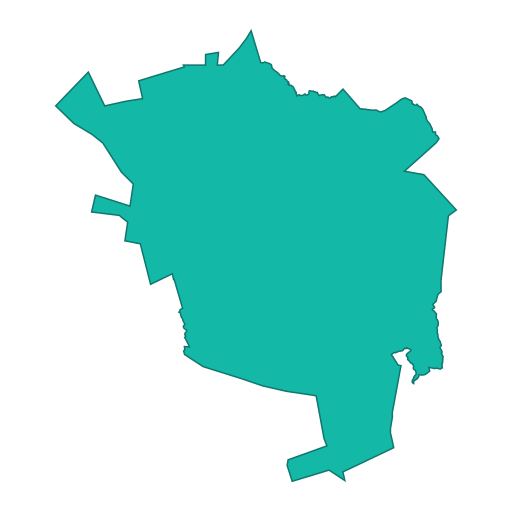 outline of Santa Isabel, Chihuahua, Mexico
{"feature_id": "50627088B95604835904920", "entity_name": "Santa Isabel", "entity_type": "district", "adm_level": 2, "iso_a3": "MEX", "parent_name": "Mexico", "parent_adm1": "Chihuahua", "projection": "mercator", "projection_center": [-106.302, 28.305], "detail": "fine", "context": "isolated", "style": "filled", "palette": "teal", "viewbox_px": 512, "rotation_deg": 0, "n_neighbors": 0, "source": "geoboundaries", "source_scale": "gbopen_adm2", "svg_char_len": 5839}
<svg xmlns="http://www.w3.org/2000/svg" viewBox="0 0 512 512"><path d="M55.7,105.9L74.0,123.6L92.2,134.5L102.9,143.1L121.4,172.1L133.3,184.0L130.0,206.1L95.5,195.1L91.6,212.0L119.4,215.4L122.2,217.9L127.7,222.1L124.9,240.8L140.3,243.8L150.6,284.3L172.3,273.8L173.6,279.5L174.2,279.4L182.6,308.4L181.4,308.9L180.2,309.6L179.6,311.5L178.9,312.1L180.1,312.8L180.3,313.1L180.5,313.6L180.6,314.4L181.0,316.4L181.6,317.4L182.5,318.7L182.9,320.4L184.7,323.9L184.7,324.7L184.3,325.1L183.7,325.6L183.4,326.4L183.4,327.0L183.5,327.5L183.8,328.0L186.6,330.3L186.7,330.9L186.4,331.6L185.8,332.2L185.2,333.0L184.8,333.7L185.0,335.1L185.4,335.4L185.7,335.8L185.8,336.3L185.3,336.7L184.7,337.5L186.8,341.2L189.5,347.0L184.4,346.5L184.8,349.8L183.6,351.0L184.6,354.5L203.1,366.6L241.0,378.5L263.1,386.0L286.4,391.3L312.8,395.2L316.2,395.9L324.0,438.4L326.9,445.9L288.1,459.8L287.1,465.3L292.2,481.3L329.0,470.1L344.8,480.5L342.9,471.9L393.7,447.7L392.1,440.1L390.4,432.7L390.5,428.3L392.4,417.1L392.3,413.1L392.4,412.1L396.0,392.6L397.7,383.5L400.1,370.2L401.0,365.6L398.1,365.1L392.6,356.3L392.1,355.8L391.6,355.5L391.4,355.0L391.4,354.6L392.5,353.8L393.5,352.8L394.0,352.6L394.7,352.7L395.6,352.7L395.9,352.5L396.5,352.3L396.7,352.1L396.9,352.0L397.6,352.0L398.6,351.4L399.4,351.0L399.7,351.0L399.9,351.1L400.1,351.2L401.7,350.8L402.3,350.8L402.6,350.7L403.0,350.3L403.6,349.4L403.9,349.2L404.1,348.7L404.5,348.4L404.6,348.2L405.0,348.3L405.3,348.5L405.5,348.4L406.0,348.3L406.3,348.3L406.5,348.5L407.1,348.3L407.2,347.9L408.3,348.5L409.5,348.9L409.8,349.2L410.5,349.4L410.8,349.8L410.9,350.3L410.5,351.0L407.3,353.5L406.4,354.7L406.4,356.0L407.1,356.6L407.7,357.4L407.9,357.6L407.9,357.9L407.6,359.1L407.7,359.6L409.3,361.1L410.0,362.0L410.7,362.9L411.7,363.5L412.7,364.2L413.2,365.1L413.5,365.9L413.6,366.5L413.5,367.0L413.2,368.2L413.8,369.3L415.3,370.3L415.7,371.1L415.9,372.0L416.1,373.1L416.1,374.3L415.2,375.3L414.5,376.0L413.9,377.0L413.6,378.2L413.1,379.3L412.6,379.9L412.4,380.5L412.1,381.3L412.3,382.3L413.1,383.3L413.4,383.5L413.7,383.6L413.7,381.5L414.1,380.9L414.8,380.4L416.9,379.0L417.6,378.3L418.2,377.4L418.8,376.3L418.8,375.0L420.2,374.8L421.7,375.1L424.2,374.8L425.1,374.5L425.8,374.0L427.0,373.3L427.6,372.9L428.3,372.1L429.7,371.2L428.8,367.3L430.9,367.8L434.1,368.4L435.0,368.6L435.4,368.3L435.8,368.2L436.9,368.2L438.7,368.7L440.1,369.0L440.6,369.0L440.9,368.9L441.7,368.0L441.9,367.9L442.4,367.8L442.0,366.8L442.1,364.7L442.0,364.1L441.8,363.8L441.8,363.5L442.6,362.8L442.7,362.5L442.7,362.1L442.6,361.3L442.6,360.7L442.8,360.1L442.9,359.4L442.7,358.4L442.7,357.9L443.1,357.3L443.1,356.9L442.6,355.6L441.4,353.2L441.5,352.9L441.8,352.7L442.1,352.3L442.1,352.0L441.9,351.2L441.5,350.7L441.1,349.6L440.3,348.4L440.0,347.7L440.0,347.3L440.2,346.9L441.1,345.9L441.4,345.4L441.1,344.4L440.5,343.1L440.2,341.6L439.2,340.0L438.7,339.7L438.7,338.7L438.2,337.8L437.9,335.8L437.8,334.8L437.9,334.3L437.9,334.0L437.4,333.4L437.2,332.9L437.2,332.2L437.4,331.1L437.4,330.4L436.9,327.6L437.9,325.9L438.2,325.0L438.3,324.4L438.2,323.1L438.2,322.0L437.8,320.9L437.5,320.1L436.5,318.7L436.2,318.1L436.2,317.4L436.4,315.3L436.4,313.6L435.7,313.1L435.1,312.5L434.3,311.2L433.6,310.7L432.7,310.2L432.3,309.6L432.3,309.1L434.6,307.7L434.6,307.1L434.2,306.5L433.3,305.4L432.9,304.8L432.9,304.3L436.2,301.2L436.6,299.2L437.5,295.7L438.2,294.1L441.1,291.7L441.0,280.5L448.4,215.8L456.3,210.0L423.9,174.7L404.4,171.2L435.3,143.6L436.7,142.1L439.0,138.6L437.2,135.7L435.5,134.6L435.5,132.0L432.7,131.9L432.0,128.4L429.7,123.7L427.3,120.9L426.0,118.2L426.4,117.5L422.6,109.0L420.4,106.7L418.7,106.3L418.2,105.6L417.7,105.2L417.0,104.3L416.2,105.2L414.8,105.2L414.4,104.7L413.8,104.5L413.4,104.1L413.2,104.0L412.5,104.0L411.9,103.7L411.9,103.3L412.2,102.4L412.2,102.0L411.9,101.2L411.7,100.8L405.0,97.8L403.3,98.5L402.8,98.6L401.4,99.2L396.6,102.8L388.2,108.4L386.3,109.8L384.4,110.7L383.2,111.1L381.6,111.7L380.2,111.9L379.4,111.7L377.4,110.7L376.9,110.2L376.1,110.1L375.1,110.0L372.6,110.2L371.3,110.1L369.0,109.7L367.5,109.7L365.4,109.1L363.9,109.3L362.9,109.0L362.3,108.9L361.7,108.8L361.1,108.9L360.2,108.9L343.0,89.1L335.5,96.6L335.5,96.3L335.4,96.2L333.9,96.2L332.4,96.9L332.0,97.0L331.6,96.8L331.3,96.8L330.5,97.8L329.9,98.0L328.9,97.9L328.4,97.7L327.9,97.0L326.9,97.1L326.2,97.5L326.0,97.4L325.8,97.2L325.4,96.4L324.8,95.6L324.2,94.7L323.3,95.0L322.5,94.7L322.0,94.8L320.1,95.2L319.8,95.5L319.3,95.5L319.0,95.4L318.3,94.2L318.0,94.1L317.8,93.8L317.6,93.0L317.3,92.4L317.1,92.3L316.4,92.5L316.0,92.4L315.1,91.8L314.3,92.0L314.1,92.0L313.9,91.6L313.4,91.1L312.2,91.2L311.3,91.1L310.5,90.8L309.6,90.8L309.2,91.0L308.9,92.3L309.0,93.3L308.9,93.6L308.5,94.1L307.0,95.1L306.6,95.2L306.1,95.1L305.7,94.8L305.3,94.2L305.0,94.0L304.7,94.0L304.2,94.3L303.9,94.8L303.6,95.0L302.6,95.4L301.2,95.5L300.9,95.6L300.5,95.6L299.9,95.2L299.5,94.8L299.2,94.8L297.8,95.3L297.5,95.5L297.4,95.7L297.1,96.0L297.0,95.9L297.0,95.2L296.3,94.1L296.1,93.9L296.0,93.6L296.1,93.0L296.3,92.7L296.2,92.4L296.1,92.1L295.8,92.0L295.3,91.4L295.0,90.8L294.8,89.9L293.7,88.0L293.4,87.1L292.7,86.4L291.8,85.9L290.8,85.3L290.2,85.2L289.2,85.1L288.6,85.0L288.2,84.6L288.0,84.3L288.0,84.0L289.1,84.2L289.0,83.3L288.2,82.3L288.2,82.1L288.4,81.9L288.1,81.6L287.4,81.4L286.9,80.8L286.7,80.1L286.4,79.8L285.3,79.2L284.5,78.4L284.4,78.2L285.0,76.6L284.7,76.1L284.4,75.9L283.9,75.7L283.6,75.9L283.2,75.8L282.3,76.0L281.7,76.0L280.9,75.8L280.2,75.4L279.5,74.8L278.7,73.8L278.5,73.4L277.7,72.9L276.3,71.6L275.4,71.2L272.4,68.5L272.0,67.7L271.5,65.2L271.2,64.6L270.3,64.0L268.1,63.0L267.5,63.0L264.9,62.0L264.4,62.1L263.3,62.8L262.9,62.8L262.3,62.7L260.7,62.6L251.1,30.7L246.6,38.2L239.2,48.0L223.3,65.0L217.3,65.1L218.5,52.4L205.6,54.5L205.5,65.1L183.4,65.1L184.4,66.9L138.7,80.8L142.6,98.6L125.7,101.3L104.7,105.9L88.3,72.1L55.7,105.9Z" fill="#14b8a6" stroke="#0f766e" stroke-width="1.5"/></svg>